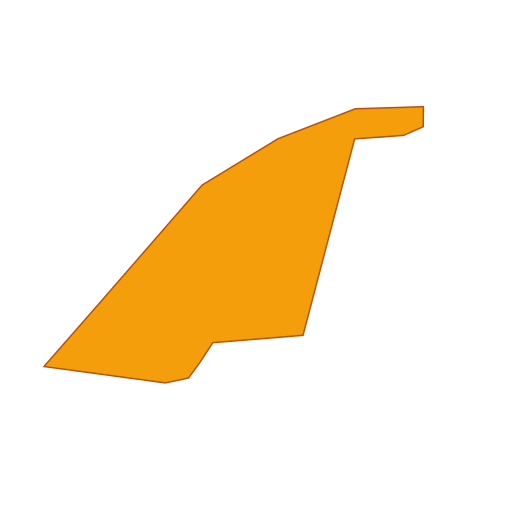 Dong-gu [East District], Incheon, South Korea, rotated 311°
{"feature_id": "91817680B43546326994356", "entity_name": "Dong-gu [East District]", "entity_type": "district", "adm_level": 2, "iso_a3": "KOR", "parent_name": "South Korea", "parent_adm1": "Incheon", "projection": "mercator", "projection_center": [126.645, 37.474], "detail": "fine", "context": "isolated", "style": "filled", "palette": "amber", "viewbox_px": 512, "rotation_deg": 311, "n_neighbors": 0, "source": "geoboundaries", "source_scale": "gbopen_adm2", "svg_char_len": 362}
<svg xmlns="http://www.w3.org/2000/svg" viewBox="0 0 512 512"><g transform="rotate(311 256 256)"><path d="M227.0,343.5L409.1,253.6L443.8,288.2L463.3,297.4L478.5,284.4L432.2,234.3L359.0,195.7L274.2,168.8L181.7,168.8L123.9,168.8L33.5,168.5L100.7,270.8L119.7,285.1L138.6,283.5L162.3,280.3L227.0,343.5Z" fill="#f59e0b" stroke="#b45309" stroke-width="1.5"/></g></svg>